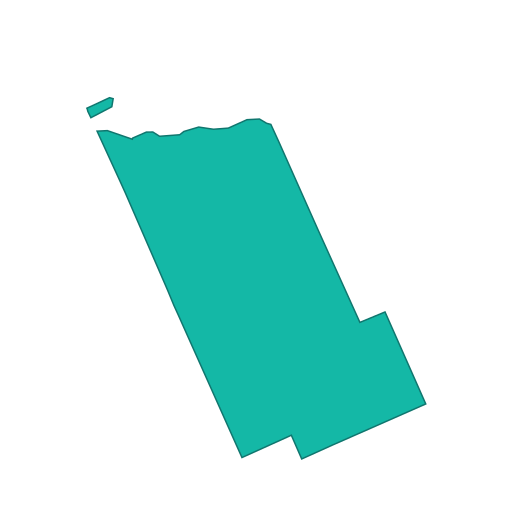 the district of Pasco, Florida, United States of America, rotated 66°
{"feature_id": "52423323B1474651347139", "entity_name": "Pasco", "entity_type": "district", "adm_level": 2, "iso_a3": "USA", "parent_name": "United States of America", "parent_adm1": "Florida", "projection": "natural_earth1", "projection_center": [-82.587, 28.325], "detail": "fine", "context": "isolated", "style": "filled", "palette": "teal", "viewbox_px": 512, "rotation_deg": 66, "n_neighbors": 0, "source": "geoboundaries", "source_scale": "gbopen_adm2", "svg_char_len": 698}
<svg xmlns="http://www.w3.org/2000/svg" viewBox="0 0 512 512"><g transform="rotate(66 256 256)"><path d="M155.9,349.8L246.2,350.6L252.8,350.7L267.6,351.1L278.8,351.0L287.2,351.0L355.8,350.9L434.4,350.8L434.1,296.6L460.0,296.8L459.8,263.5L459.9,243.2L460.2,161.1L359.6,160.9L358.9,188.1L257.1,188.7L161.6,188.7L141.8,188.9L139.1,192.3L132.3,197.1L127.8,208.8L127.9,229.3L122.9,243.3L121.7,245.2L114.9,255.9L112.9,271.2L114.2,276.4L107.4,295.4L100.8,299.8L98.2,305.8L98.1,320.8L99.0,321.5L81.0,340.8L77.3,350.4L131.5,349.8L145.2,349.7L155.9,349.8ZM62.5,350.6L61.0,327.0L54.2,322.5L51.8,325.4L52.2,350.4L53.2,350.4L55.5,350.8L62.5,350.6Z" fill="#14b8a6" stroke="#0f766e" stroke-width="1.5"/></g></svg>